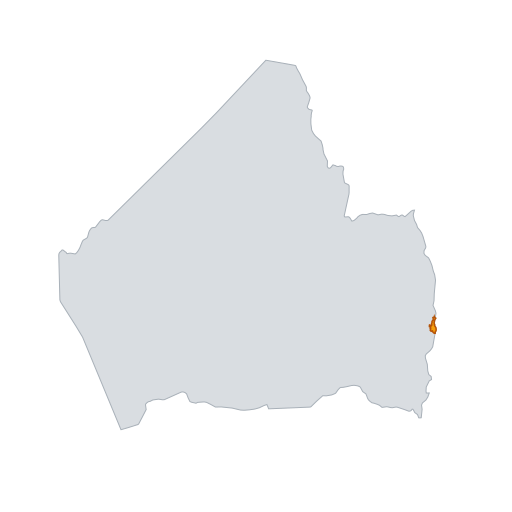 Boumerdès highlighted on a map of Algeria, rotated 100°
{"feature_id": "DZA-2196", "entity_name": "Boumerdès", "entity_type": "Province", "adm_level": 1, "iso_a3": "DZA", "parent_name": "Algeria", "parent_adm1": "", "projection": "mercator", "projection_center": [3.676, 36.757], "detail": "fine", "context": "in_parent", "style": "filled", "palette": "amber", "viewbox_px": 512, "rotation_deg": 100, "n_neighbors": 0, "source": "natural_earth", "source_scale": "10m", "svg_char_len": 4752}
<svg xmlns="http://www.w3.org/2000/svg" viewBox="0 0 512 512"><g transform="rotate(100 256 256)"><path d="M386.6,65.2L387.0,66.5L387.1,67.6L385.3,68.7L384.1,69.4L382.7,72.4L380.1,74.4L379.6,75.0L379.7,75.6L381.4,76.5L382.0,77.4L382.3,78.6L381.5,82.8L380.4,90.2L380.4,91.8L381.1,93.7L381.7,95.2L381.9,96.9L381.7,101.0L382.5,103.4L383.2,105.6L381.6,108.4L381.0,110.8L380.5,114.2L380.4,116.4L379.4,118.4L378.1,120.3L376.6,121.5L374.8,122.5L372.7,123.8L371.0,127.4L367.3,130.3L366.6,131.3L366.2,133.7L366.3,137.0L367.0,139.5L368.7,143.4L370.3,147.6L370.7,149.7L371.3,150.5L373.4,151.9L377.2,153.7L377.9,154.5L379.7,157.4L381.5,162.5L382.0,166.0L388.6,171.2L394.9,175.7L395.4,176.5L398.8,191.9L400.0,197.4L404.3,217.0L402.5,218.1L400.4,219.5L401.9,222.2L404.9,226.4L406.6,229.9L407.2,231.4L408.6,235.7L409.7,239.8L410.0,241.2L410.4,244.4L409.9,253.1L410.7,264.2L411.8,269.7L410.1,274.6L408.7,279.3L408.7,281.7L409.6,285.4L410.3,288.1L411.4,289.5L411.2,294.1L410.8,295.8L407.5,298.2L403.8,300.4L402.8,302.2L402.5,304.3L403.0,306.0L413.4,321.3L413.8,322.9L413.9,327.2L415.7,332.6L417.5,335.0L418.2,336.7L419.5,338.0L420.9,338.9L421.7,339.0L426.3,337.5L434.3,340.0L441.8,342.4L442.4,342.9L446.7,351.1L450.5,358.8L366.0,412.7L356.7,420.8L335.0,440.6L333.3,441.5L304.7,447.3L289.8,450.3L289.1,450.4L288.3,450.4L287.7,450.4L286.4,449.9L284.9,448.7L283.8,448.1L283.6,447.2L284.2,446.0L284.9,444.8L285.2,444.0L285.7,443.3L286.4,442.8L286.4,442.0L285.8,440.7L285.4,439.0L285.4,435.8L285.4,434.4L284.0,433.2L281.4,431.9L279.0,431.1L278.0,430.8L275.3,430.3L271.7,429.5L270.4,428.9L268.0,426.0L266.9,425.2L261.4,424.7L259.6,424.2L258.1,423.5L256.8,422.6L256.1,421.0L255.9,419.7L255.4,419.0L249.4,415.9L247.8,414.8L247.0,413.8L247.0,412.3L247.2,410.5L246.9,408.8L246.6,408.0L140.0,332.3L134.2,328.3L121.2,319.4L61.5,280.3L61.5,251.8L61.6,250.3L62.0,249.7L63.9,248.6L66.9,246.2L68.0,245.2L69.4,244.1L74.4,240.8L75.5,239.9L80.3,236.1L81.5,235.6L84.1,235.2L85.2,234.5L86.6,233.0L88.8,231.2L90.2,230.4L90.6,230.3L91.4,230.2L96.0,230.7L97.8,231.0L100.1,231.4L100.8,231.2L101.4,230.6L102.3,229.4L102.5,228.0L102.5,226.7L102.6,226.2L103.0,225.9L104.0,226.0L105.3,226.2L108.0,226.1L108.9,225.9L112.0,225.7L116.3,224.9L122.4,223.0L125.4,220.7L127.5,218.4L129.7,214.9L131.5,211.9L135.1,210.0L138.1,208.8L139.8,208.4L143.7,206.8L150.0,202.1L155.3,201.4L156.0,200.9L156.8,200.1L156.8,198.7L155.9,197.7L154.8,197.2L154.0,196.6L153.3,196.5L152.9,195.8L153.1,194.5L153.2,193.4L153.7,192.2L153.6,190.5L152.8,188.9L152.6,187.7L152.6,186.5L153.0,185.6L154.1,185.0L155.4,184.7L157.2,185.0L160.3,184.6L168.2,181.7L168.8,180.9L169.3,178.9L169.9,177.1L170.7,176.5L171.1,176.4L177.5,175.3L179.0,175.2L190.8,175.7L201.1,176.1L202.0,175.7L202.0,174.4L201.3,172.0L201.7,170.6L203.2,169.2L205.0,167.6L204.1,165.8L202.7,164.5L200.7,163.0L199.6,162.4L197.8,160.6L196.6,158.5L195.9,154.1L194.5,151.6L193.4,148.6L194.3,143.0L193.0,139.6L192.8,138.1L192.8,136.4L193.2,133.4L192.9,129.1L191.3,124.8L192.1,123.3L192.4,122.5L192.3,121.8L190.9,120.5L190.2,119.3L190.6,118.2L191.3,116.7L191.3,116.0L188.9,114.1L184.9,111.0L183.8,109.6L183.3,107.9L187.1,108.3L189.0,108.1L193.5,106.1L197.1,103.3L199.9,101.9L202.4,98.9L204.6,96.9L207.8,94.9L217.0,90.4L218.5,90.3L221.5,91.4L224.2,91.1L226.0,89.5L227.9,85.7L231.0,83.4L234.8,81.1L240.0,78.8L243.4,76.8L248.7,75.0L262.3,73.9L269.2,72.9L273.9,73.1L278.7,69.9L281.1,68.8L291.4,68.6L296.2,66.2L314.7,66.2L316.9,67.0L319.2,68.3L322.9,71.3L324.8,72.0L327.2,71.4L332.9,68.5L339.3,66.9L342.8,65.2L344.2,62.6L347.2,61.7L348.9,63.7L355.5,65.6L359.6,65.1L361.4,64.5L360.8,61.6L365.0,62.3L368.4,63.7L371.8,66.6L374.1,67.1L378.1,65.8L386.6,65.2Z" fill="#d9dde1" stroke="#a8b0b8" stroke-width="1"/><path d="M284.8,69.8L285.5,69.4L285.7,69.1L285.8,68.8L285.9,68.2L286.0,68.1L287.3,68.7L288.0,68.9L290.2,69.0L290.6,69.0L291.3,68.8L291.7,68.7L291.9,68.6L292.1,68.5L292.2,68.3L292.3,68.2L292.5,68.2L292.9,68.3L293.1,68.2L293.8,67.9L294.9,66.7L295.5,66.3L297.2,65.8L298.0,65.7L298.8,65.8L299.4,66.2L299.7,66.3L299.9,66.3L300.3,66.2L301.0,66.1L301.1,66.3L301.1,67.0L301.0,67.3L300.9,67.6L300.3,68.4L299.9,68.9L299.6,69.0L299.3,69.1L299.1,69.2L299.1,69.4L299.1,69.5L299.3,69.7L299.4,70.0L299.7,70.3L299.7,70.5L299.3,71.0L299.1,71.3L298.9,71.5L298.7,71.6L298.3,71.5L297.7,71.3L297.3,71.3L297.2,71.6L297.0,71.8L296.9,72.0L296.7,72.0L296.4,71.9L296.2,71.7L295.9,71.7L295.7,71.7L295.6,71.8L295.5,72.0L295.4,72.2L295.4,73.0L294.1,73.2L293.8,73.2L293.7,73.1L293.7,72.8L293.8,72.5L294.3,71.8L294.4,71.6L294.4,71.4L294.1,71.2L293.8,71.0L293.5,70.9L293.3,70.9L293.0,71.0L292.3,71.3L291.7,71.3L290.6,71.1L290.2,71.3L289.8,71.3L288.9,70.9L288.8,70.7L288.6,70.5L288.2,70.5L287.7,70.5L287.0,70.6L285.9,71.1L284.9,69.8L284.8,69.8Z" fill="#f59e0b" stroke="#b45309" stroke-width="1.5"/></g></svg>